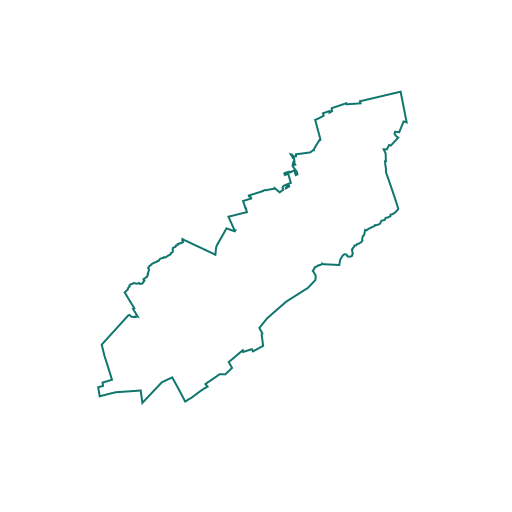 Sabinas Hidalgo, Nuevo León, Mexico (Equal Earth projection), rotated 244°
{"feature_id": "50627088B9769034466011", "entity_name": "Sabinas Hidalgo", "entity_type": "district", "adm_level": 2, "iso_a3": "MEX", "parent_name": "Mexico", "parent_adm1": "Nuevo León", "projection": "equal_earth", "projection_center": [-100.103, 26.576], "detail": "fine", "context": "isolated", "style": "outline", "palette": "teal", "viewbox_px": 512, "rotation_deg": 244, "n_neighbors": 0, "source": "geoboundaries", "source_scale": "gbopen_adm2", "svg_char_len": 5677}
<svg xmlns="http://www.w3.org/2000/svg" viewBox="0 0 512 512"><g transform="rotate(244 256 256)"><path d="M352.2,371.7L352.4,368.9L342.9,367.0L340.1,366.5L334.5,365.4L333.4,365.2L333.1,365.0L332.1,364.7L332.4,363.9L329.0,358.5L326.2,354.3L325.8,354.3L326.1,353.8L325.3,350.4L327.3,344.1L329.9,336.6L328.1,335.7L328.9,333.3L329.9,333.2L330.1,333.1L331.5,332.7L332.0,332.0L332.2,331.8L331.4,331.8L329.6,332.7L329.3,332.6L328.8,332.0L327.8,332.2L327.4,332.8L326.8,333.0L326.3,332.7L325.0,332.2L324.7,331.5L324.1,331.2L323.6,331.7L323.0,330.5L323.4,330.3L322.6,329.6L322.2,329.1L321.9,329.1L321.7,329.2L321.6,329.4L321.5,329.8L321.4,330.0L321.9,330.4L321.6,331.3L321.4,331.4L321.2,331.4L320.9,331.4L321.2,329.2L321.1,328.7L321.0,328.4L320.9,328.3L320.6,328.3L316.9,329.0L313.8,329.6L313.6,329.6L313.1,329.4L311.2,329.0L311.3,327.2L313.4,327.5L316.3,328.0L316.2,325.5L316.1,323.3L317.1,323.2L318.0,318.6L318.0,318.2L317.8,317.6L316.1,317.5L316.0,319.2L316.0,319.8L316.3,319.8L316.4,320.2L316.0,320.2L316.0,321.0L310.0,320.0L306.5,319.4L306.7,316.6L304.0,316.4L303.7,312.6L304.2,312.7L304.4,314.4L306.8,314.6L306.9,311.5L306.8,311.2L306.5,310.7L306.2,310.2L305.9,309.8L303.9,309.7L303.7,309.7L302.8,305.2L308.9,302.5L308.3,302.0L308.7,301.1L309.6,298.1L309.7,297.9L309.8,297.7L310.2,295.9L310.3,295.4L310.3,295.2L310.3,294.9L310.4,294.6L310.5,294.2L311.0,293.6L311.3,293.3L311.5,290.8L311.2,291.2L313.5,276.0L313.1,275.8L312.9,275.7L312.7,275.8L312.3,276.6L311.2,276.9L310.4,277.1L309.8,276.9L309.9,276.1L310.0,275.7L310.4,273.1L311.1,268.5L307.1,268.0L303.3,267.4L303.2,267.8L299.4,267.0L300.0,264.4L300.6,261.6L302.8,251.2L303.4,248.5L288.9,248.0L288.2,248.8L287.6,247.9L287.5,247.7L288.3,246.9L293.8,241.6L290.0,236.2L284.9,228.6L284.1,227.8L284.1,227.2L283.5,226.5L283.4,226.5L281.8,224.4L281.6,224.3L281.4,224.2L280.1,223.2L275.3,220.3L275.2,220.3L275.0,220.1L274.9,220.0L275.4,219.6L275.5,219.5L275.7,219.4L275.9,219.3L276.0,219.2L276.3,218.9L276.5,218.8L282.7,213.9L282.9,213.7L283.1,213.6L283.4,213.5L283.4,213.4L283.6,213.1L284.7,212.3L292.2,206.2L293.8,204.9L298.0,201.6L299.0,200.8L299.5,200.4L299.8,200.2L301.1,199.0L301.9,198.4L303.5,197.3L302.5,196.7L302.1,196.5L300.8,196.7L300.4,196.4L300.3,194.4L300.8,193.6L300.6,192.9L300.8,192.2L301.1,191.7L301.1,190.9L300.9,190.9L300.5,190.7L300.4,190.7L300.2,188.9L300.5,188.4L299.5,187.6L299.7,184.9L298.8,184.1L297.4,183.7L296.3,183.1L296.0,182.2L295.8,180.5L294.9,179.9L294.9,178.4L294.8,176.9L294.4,174.0L295.3,172.8L294.8,171.8L295.3,170.8L295.5,168.3L294.2,166.1L294.7,164.9L294.3,163.8L294.6,161.4L294.5,158.9L294.5,158.7L293.8,157.5L293.9,156.2L292.6,153.8L290.8,154.0L287.8,151.4L287.6,151.1L287.2,150.7L286.5,150.7L285.4,148.9L285.1,148.9L285.0,148.2L284.9,147.3L284.6,146.4L284.6,144.8L283.9,144.4L283.1,144.8L282.8,144.9L282.1,143.7L281.9,143.6L281.7,142.6L281.3,142.3L281.3,142.2L281.1,141.5L281.8,139.4L282.5,139.2L283.1,139.0L283.0,137.6L283.9,135.9L285.3,134.5L285.2,133.5L285.2,133.2L285.1,132.7L285.2,132.2L285.3,131.4L285.5,130.4L284.7,129.1L284.0,129.1L283.9,128.8L283.5,127.7L283.3,127.1L282.8,126.6L282.5,126.5L282.2,126.2L281.9,125.3L280.8,122.0L262.4,123.7L262.4,122.3L260.2,122.5L253.5,123.1L253.7,122.9L253.7,122.7L253.9,121.9L254.7,120.5L254.7,120.4L254.2,120.4L255.1,118.7L256.0,117.5L258.5,116.3L258.6,115.2L244.0,78.5L232.6,76.0L227.3,75.3L226.1,75.1L216.8,73.7L207.9,72.3L209.5,62.6L206.3,61.6L207.2,56.6L198.4,54.0L198.0,56.4L197.7,57.6L197.5,58.3L197.5,58.5L197.4,58.9L197.4,59.2L197.3,59.5L196.7,62.6L195.0,70.3L193.4,74.2L192.7,75.9L192.5,76.3L192.5,76.5L191.5,78.9L190.7,80.8L190.4,81.6L189.6,83.5L189.5,83.9L189.3,84.4L189.0,85.1L188.2,86.9L185.7,93.4L173.8,89.5L183.8,116.1L183.6,127.5L170.8,128.1L165.4,128.3L161.4,128.4L156.3,128.5L156.4,131.2L156.8,132.8L156.8,135.4L157.7,140.2L158.4,143.7L159.1,147.6L159.6,151.3L159.8,155.2L163.0,154.4L163.6,157.4L164.4,163.7L165.5,170.4L165.7,171.3L163.1,176.6L165.9,185.4L170.8,185.1L172.6,185.0L177.1,202.8L175.4,202.4L174.1,211.4L171.6,211.5L172.1,223.0L183.1,226.7L183.6,227.8L189.9,227.5L195.2,238.9L201.6,262.6L202.2,266.9L202.6,270.8L204.6,288.8L208.4,298.9L212.2,301.1L215.0,300.8L216.5,300.8L217.8,300.5L218.1,301.1L218.3,301.5L218.5,301.8L219.1,303.0L219.3,303.0L219.5,303.2L219.7,303.4L220.1,304.0L220.0,305.1L220.0,306.0L220.2,306.9L220.3,307.5L220.0,307.7L220.0,308.8L219.9,308.8L219.8,309.2L219.8,309.8L219.8,310.3L219.8,310.5L219.7,311.8L219.8,311.9L219.7,311.9L211.4,326.9L215.6,329.9L218.5,334.3L218.7,335.7L218.6,336.5L218.5,336.9L218.2,337.4L217.4,337.9L216.6,338.2L216.2,338.1L215.9,338.1L215.6,338.1L215.2,338.3L215.0,338.7L214.7,339.3L214.3,339.8L214.0,340.9L214.0,341.8L214.1,342.5L214.9,343.1L215.3,343.4L215.6,344.0L219.9,345.1L220.1,346.3L220.8,346.8L221.1,347.7L221.4,348.3L222.3,349.0L221.6,350.6L222.4,352.1L222.2,353.4L222.0,353.9L222.4,357.0L223.3,358.5L224.7,358.8L225.9,359.8L227.1,360.9L227.5,362.4L231.6,365.6L230.6,366.8L231.1,369.0L231.1,370.9L231.0,375.8L231.6,376.5L231.2,377.1L230.7,378.8L230.6,381.4L231.2,382.4L232.3,383.4L232.7,384.2L232.0,387.4L233.4,389.3L233.2,390.2L232.8,391.5L232.8,394.2L234.2,395.0L233.7,397.0L234.2,400.2L235.1,402.9L236.1,404.6L240.2,405.2L247.0,406.2L261.3,408.0L267.9,408.8L272.5,409.3L274.2,409.5L277.9,411.2L278.0,411.2L281.8,412.4L284.6,413.5L284.4,414.5L284.8,414.6L285.0,414.6L289.4,416.6L291.4,417.5L295.9,417.5L294.5,420.4L297.4,424.3L296.2,425.6L300.0,435.7L302.1,434.6L305.1,434.0L306.7,435.5L304.5,439.0L312.2,447.6L310.1,450.0L340.3,458.0L349.5,417.3L347.4,416.9L352.6,403.9L353.7,404.1L355.0,394.0L355.7,389.0L355.4,388.6L352.8,387.9L352.6,384.9L354.1,385.5L354.9,378.7L352.4,378.3L352.2,371.9L352.2,371.7Z" fill="none" stroke="#0f766e" stroke-width="2"/></g></svg>